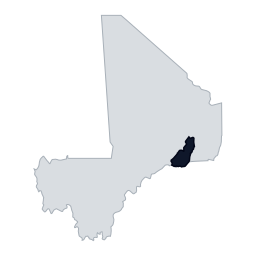 location of Ansongo, Gao, Mali
{"feature_id": "8926073B56917716124995", "entity_name": "Ansongo", "entity_type": "district", "adm_level": 2, "iso_a3": "MLI", "parent_name": "Mali", "parent_adm1": "Gao", "projection": "equal_earth", "projection_center": [1.009, 15.923], "detail": "fine", "context": "in_parent", "style": "filled", "palette": "ink", "viewbox_px": 256, "rotation_deg": 0, "n_neighbors": 0, "source": "geoboundaries", "source_scale": "gbopen_adm2", "svg_char_len": 5354}
<svg xmlns="http://www.w3.org/2000/svg" viewBox="0 0 256 256"><path d="M43.6,205.8L43.7,204.6L42.9,203.8L42.9,203.4L43.4,200.1L43.4,199.2L43.7,197.5L43.2,196.7L43.1,196.2L42.0,194.0L41.6,192.2L41.0,190.9L39.6,190.6L39.1,191.6L38.8,191.8L38.3,191.0L38.1,190.4L38.1,189.8L36.3,186.9L36.5,185.3L37.2,184.5L37.5,183.2L36.8,181.6L37.0,180.2L36.9,178.1L35.9,176.3L35.2,175.5L34.6,174.2L35.1,171.3L34.1,168.9L36.1,169.8L37.1,168.9L38.0,167.7L38.8,166.0L39.2,164.0L39.4,162.2L40.2,159.4L41.2,158.1L43.2,156.2L43.8,156.4L46.9,160.5L48.7,162.5L49.4,163.6L50.0,163.6L50.9,161.6L51.9,159.9L52.3,159.5L55.6,159.2L57.3,159.6L58.8,160.1L60.9,160.2L66.5,158.9L66.6,158.1L66.6,157.2L66.8,156.4L67.3,155.7L67.7,155.6L67.8,157.9L68.3,158.3L69.6,158.4L111.3,158.4L113.1,146.4L110.1,142.0L101.4,15.4L121.0,15.4L124.3,18.2L186.9,73.4L187.2,75.2L187.1,77.7L187.6,78.4L188.5,79.2L192.1,81.6L192.4,82.1L192.5,83.1L192.9,84.3L193.7,85.0L194.6,85.5L195.7,85.9L198.9,86.2L199.6,86.8L201.0,89.0L201.8,89.5L206.2,90.6L207.6,91.2L209.2,92.2L210.0,93.2L210.0,96.6L210.6,98.9L210.6,99.4L209.9,100.4L209.8,101.0L209.0,102.8L209.1,103.5L210.7,104.9L211.4,105.3L212.3,105.3L221.6,102.9L221.9,135.5L221.5,136.0L221.3,141.8L220.7,145.2L219.5,147.7L218.7,151.5L218.3,152.2L217.9,154.4L217.2,155.6L216.0,156.1L213.9,158.6L213.7,160.5L208.7,159.4L208.3,159.4L208.1,159.7L208.0,160.7L195.0,161.3L188.7,161.8L184.7,166.2L182.1,166.6L178.8,166.3L177.1,166.2L176.5,166.5L176.4,167.3L171.2,165.0L169.3,165.8L169.0,165.5L168.7,165.0L167.8,164.8L166.3,164.9L165.2,165.2L161.9,168.7L160.2,169.6L156.9,171.7L154.6,173.5L153.7,173.8L152.5,173.9L151.4,174.3L150.4,178.3L149.8,178.7L145.9,177.1L145.1,177.3L144.4,177.8L142.2,180.1L141.1,182.0L140.5,184.5L140.6,186.2L140.2,186.7L139.2,186.8L137.4,186.3L136.8,186.5L136.5,187.7L136.6,190.5L136.1,192.3L135.1,192.9L134.2,193.6L133.6,193.8L133.0,193.6L129.9,190.9L128.8,190.4L127.6,190.7L126.5,191.9L124.4,194.8L124.6,195.8L125.2,197.0L125.6,198.5L125.5,199.8L122.6,201.7L123.3,203.0L123.2,206.8L121.8,208.5L121.3,209.6L120.0,210.8L118.9,211.5L115.4,212.5L113.9,213.7L113.3,214.6L113.1,215.7L113.2,216.9L113.9,219.4L113.7,221.6L113.1,224.2L112.5,225.4L110.9,226.8L111.1,228.5L111.2,230.9L110.9,234.1L110.4,236.3L110.0,236.1L108.5,236.2L106.7,236.8L106.1,237.4L106.0,238.1L104.5,239.8L103.6,239.7L102.7,239.3L102.2,238.8L102.2,238.5L102.7,237.1L102.8,236.7L102.2,234.2L102.3,233.6L102.1,231.8L102.0,231.7L100.1,232.5L100.0,232.8L100.3,234.0L100.1,234.2L99.4,234.2L98.5,233.8L97.5,232.7L97.2,233.1L97.1,233.9L97.0,234.9L97.3,236.8L97.0,237.5L95.4,237.3L94.0,237.6L93.7,238.2L93.5,239.0L93.9,239.8L93.8,240.1L93.2,240.6L92.2,239.7L89.3,238.8L89.0,237.6L88.7,237.6L87.8,236.1L87.4,236.1L87.0,236.3L85.9,236.3L84.9,237.6L84.1,239.2L83.3,240.0L82.1,240.3L82.3,239.3L81.9,237.9L79.3,236.1L79.0,235.3L78.3,231.3L78.4,230.1L78.6,229.0L78.5,228.2L78.2,227.6L77.5,226.9L76.7,226.7L75.6,227.5L75.1,227.6L74.7,227.6L74.5,227.3L74.5,226.9L75.6,224.7L76.2,223.8L77.3,222.7L77.6,222.2L77.6,221.8L77.5,221.5L76.8,221.1L75.7,220.0L75.1,219.9L74.6,219.5L74.1,217.9L73.8,217.6L73.3,217.4L72.8,217.0L72.9,213.2L71.8,210.3L70.9,206.7L70.4,205.8L69.5,205.1L68.5,204.6L67.5,204.5L66.4,204.8L66.4,205.2L67.0,206.4L67.1,207.0L67.0,207.6L66.8,208.1L65.3,208.5L63.3,209.8L62.7,211.3L62.2,211.5L61.4,211.3L56.3,208.7L54.1,209.9L52.6,212.1L52.3,212.9L51.6,213.5L51.2,213.6L50.9,213.1L49.4,209.7L48.8,208.8L47.9,208.8L47.2,209.4L46.5,210.5L45.5,211.6L45.0,211.9L44.4,211.8L42.3,209.4L42.2,208.9L43.2,206.2L43.6,205.8Z" fill="#d9dde1" stroke="#a8b0b8" stroke-width="1"/><path d="M188.9,136.9L185.6,141.3L185.5,142.0L186.4,143.6L186.6,144.2L186.3,144.6L184.2,147.1L183.8,147.7L183.8,148.6L183.9,151.0L183.6,151.2L182.2,150.4L181.0,150.2L179.5,150.5L177.6,153.2L177.4,153.2L177.3,153.5L177.5,153.8L177.3,154.0L177.0,154.3L176.8,154.5L173.4,158.4L171.2,160.2L171.1,161.3L172.0,162.6L172.2,163.6L171.8,165.1L172.0,165.2L172.1,165.3L172.3,165.3L172.6,165.5L172.9,165.6L173.0,165.7L173.3,165.8L173.5,165.9L173.6,166.0L173.8,166.0L174.2,166.2L174.2,166.3L174.4,166.3L174.5,166.4L175.0,166.4L175.3,166.4L175.5,166.4L175.9,166.3L175.9,166.2L176.2,166.1L176.4,166.1L176.5,166.0L177.0,166.2L177.4,166.3L177.6,166.4L177.9,166.4L178.0,166.5L178.3,166.5L178.5,166.5L178.7,166.4L178.8,166.4L179.4,166.2L179.5,166.1L179.8,166.0L180.1,166.1L180.4,166.2L180.5,166.3L180.8,166.5L181.1,166.6L181.4,166.7L181.5,166.8L181.8,166.9L182.1,166.7L182.3,166.6L182.5,166.6L183.0,166.6L183.3,166.5L183.6,166.5L183.9,166.5L184.0,166.5L184.2,166.4L184.5,166.4L184.8,166.3L185.0,166.2L185.4,165.9L185.7,165.5L185.7,165.4L186.0,165.2L186.3,164.7L186.7,164.3L187.0,163.9L187.4,163.4L187.7,163.1L188.0,162.7L188.4,162.3L188.7,161.9L188.8,161.8L189.4,160.7L189.7,156.9L190.6,153.8L190.4,153.6L190.5,153.5L190.6,153.4L190.6,153.1L190.8,153.1L191.0,153.0L191.0,152.9L191.1,152.7L191.3,152.7L191.5,152.3L191.7,152.2L191.8,152.0L191.9,151.9L192.0,151.9L192.1,151.7L192.1,151.4L192.1,151.2L192.2,150.8L192.2,150.7L192.3,150.6L192.4,150.4L192.4,150.2L192.5,150.1L192.6,149.9L192.7,149.7L192.9,149.6L193.0,149.5L193.1,149.3L193.4,149.2L193.5,148.8L193.5,148.7L193.6,148.4L193.6,148.2L193.6,147.8L193.8,147.6L193.9,147.3L194.0,147.2L194.0,146.9L194.0,146.6L194.0,146.4L194.0,146.2L194.0,145.9L194.3,146.0L193.7,142.1L193.9,138.2L193.5,137.7L192.9,137.4L190.2,138.4L188.9,136.9Z" fill="#0f172a" stroke="#020617" stroke-width="1.5"/></svg>